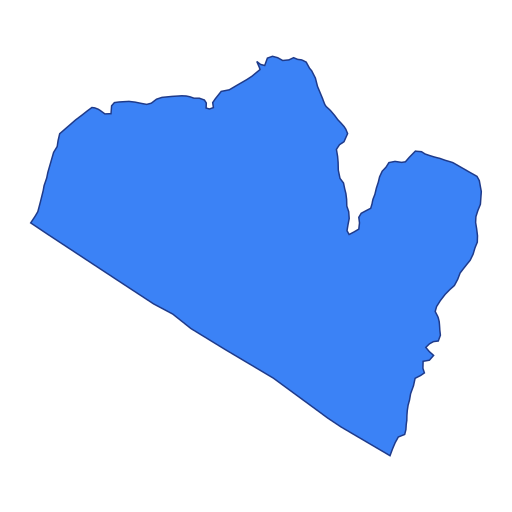 Kuria West, Nyanza, Kenya
{"feature_id": "3690345B86494009793520", "entity_name": "Kuria West", "entity_type": "district", "adm_level": 2, "iso_a3": "KEN", "parent_name": "Kenya", "parent_adm1": "Nyanza", "projection": "natural_earth1", "projection_center": [34.539, -1.202], "detail": "fine", "context": "isolated", "style": "filled", "palette": "blue", "viewbox_px": 512, "rotation_deg": 0, "n_neighbors": 0, "source": "geoboundaries", "source_scale": "gbopen_adm2", "svg_char_len": 2603}
<svg xmlns="http://www.w3.org/2000/svg" viewBox="0 0 512 512"><path d="M307.1,63.8L306.2,62.1L302.6,60.3L301.2,59.8L297.7,59.4L293.6,57.7L288.9,59.9L282.7,60.5L277.7,57.7L272.5,56.3L267.4,58.1L264.7,65.5L260.5,64.4L256.8,61.5L259.4,67.5L260.0,69.6L256.3,72.6L252.0,76.2L246.8,79.6L241.6,82.6L236.4,85.6L229.3,89.8L221.2,91.4L215.3,98.8L212.7,102.6L213.4,107.6L209.4,109.0L206.1,108.0L206.3,103.0L204.4,100.0L199.3,98.2L194.0,98.2L190.0,96.8L186.2,96.0L181.8,95.8L178.5,96.0L172.1,96.4L161.9,97.4L156.5,99.2L151.3,103.2L146.7,104.4L141.3,103.4L135.0,102.1L132.3,101.8L129.0,101.4L125.2,101.6L118.8,102.0L114.4,102.6L111.6,105.8L111.0,113.7L104.9,113.9L100.1,110.4L98.2,109.2L94.8,107.9L91.9,107.5L86.9,111.2L82.5,114.7L75.6,119.9L59.7,133.7L58.1,140.5L57.2,146.5L53.6,152.4L47.9,172.2L46.7,178.0L44.1,185.6L43.2,190.6L40.3,202.3L39.2,206.5L37.8,211.7L35.1,216.3L30.7,222.9L48.6,234.9L117.0,279.9L153.6,303.9L172.8,314.1L191.0,328.6L225.3,349.6L273.3,378.1L327.9,418.2L341.1,427.0L390.0,455.7L392.6,448.7L395.2,442.6L398.3,437.0L404.7,434.4L405.9,429.6L406.2,424.8L406.5,422.4L406.8,420.4L406.9,415.6L407.3,410.4L408.1,405.2L409.5,400.1L410.6,393.7L413.5,385.7L415.1,378.3L420.6,375.5L424.4,372.9L422.9,368.3L423.1,361.3L429.4,360.2L433.6,355.4L429.3,351.6L425.8,347.4L429.5,343.8L433.5,341.6L438.3,341.0L440.4,335.2L439.8,330.0L439.7,328.0L439.5,325.0L439.2,321.6L438.2,317.6L437.6,316.2L435.2,311.5L436.6,306.5L440.4,300.5L445.2,294.3L449.9,289.5L454.4,285.5L457.7,279.3L460.1,273.0L462.7,269.6L466.0,265.4L470.2,260.2L473.1,254.2L475.0,247.8L477.3,242.2L477.5,235.8L476.6,228.5L475.6,222.5L475.9,216.7L477.8,210.7L480.4,204.3L481.3,191.6L479.3,180.6L477.0,176.4L469.4,172.1L458.6,165.9L453.2,162.8L452.2,162.4L450.3,161.8L449.0,161.4L445.2,160.3L441.0,158.8L439.9,158.4L437.4,157.8L434.0,156.9L429.5,155.5L425.1,154.0L421.5,151.7L419.3,151.5L416.9,151.3L415.4,151.1L409.4,157.2L405.4,161.8L401.6,162.4L395.0,161.4L388.9,162.6L386.0,167.2L382.2,171.2L379.6,176.8L378.3,182.2L376.4,188.0L374.9,194.3L373.0,199.2L372.5,201.3L372.1,203.6L370.7,208.3L366.4,210.5L361.2,213.3L358.8,217.3L359.5,222.9L358.8,229.1L354.1,231.9L349.1,234.5L347.0,230.7L348.0,224.7L349.2,218.5L348.7,211.7L346.8,206.1L346.6,199.3L345.9,193.6L344.7,188.8L343.5,183.0L340.0,178.4L338.3,170.2L338.1,162.4L337.6,156.4L336.4,149.4L339.5,144.7L344.0,141.7L347.6,133.6L345.8,129.2L344.1,126.6L341.2,123.3L337.7,119.6L334.6,115.4L330.6,110.7L329.4,109.5L326.1,106.5L324.8,104.5L323.2,100.4L322.7,98.9L320.5,93.6L317.5,86.4L315.4,78.1L311.7,70.8L309.5,68.2L308.2,65.8L307.1,63.8Z" fill="#3b82f6" stroke="#1e3a8a" stroke-width="1.5"/></svg>